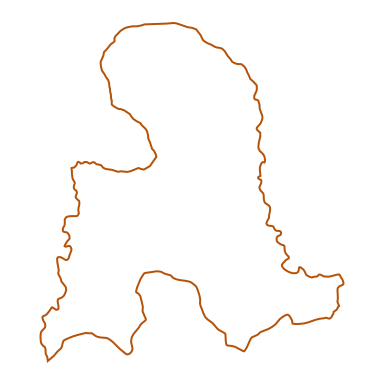 Dorona, Daga, Bhutan (Robinson projection)
{"feature_id": "84629894B2198234836682", "entity_name": "Dorona", "entity_type": "district", "adm_level": 2, "iso_a3": "BTN", "parent_name": "Bhutan", "parent_adm1": "Daga", "projection": "robinson", "projection_center": [89.836, 26.874], "detail": "fine", "context": "isolated", "style": "outline", "palette": "amber", "viewbox_px": 384, "rotation_deg": 0, "n_neighbors": 0, "source": "geoboundaries", "source_scale": "gbopen_adm2", "svg_char_len": 5912}
<svg xmlns="http://www.w3.org/2000/svg" viewBox="0 0 384 384"><path d="M339.1,306.0L337.4,301.8L337.9,298.1L337.5,290.7L337.6,288.8L337.9,287.9L339.1,286.5L343.2,284.5L343.5,282.7L342.5,279.7L340.9,277.4L340.0,275.3L339.2,274.5L337.6,274.5L329.9,276.5L327.8,276.7L323.8,276.4L320.8,274.8L319.6,274.5L318.7,274.8L317.9,275.9L316.7,276.6L314.5,276.7L311.8,277.5L309.1,276.6L307.4,275.7L306.1,274.6L304.6,271.3L303.5,269.7L302.0,268.4L300.1,267.1L299.3,267.3L298.4,271.2L297.6,272.4L296.4,273.0L295.1,273.2L292.5,273.2L290.2,272.5L287.5,271.3L284.9,269.6L283.4,268.3L282.4,266.9L282.0,265.6L281.9,264.7L283.3,262.8L286.0,260.0L288.7,258.4L288.8,257.1L288.5,256.4L287.8,255.9L285.8,253.5L285.1,251.9L284.7,250.3L284.4,246.1L283.7,245.3L281.0,244.5L279.2,243.3L277.5,242.1L276.7,240.5L276.6,238.4L276.9,237.2L277.6,236.3L279.9,235.3L280.8,234.4L281.1,233.5L281.0,232.4L280.6,231.6L279.6,231.0L276.7,230.8L275.9,230.5L274.8,229.5L273.4,226.6L272.0,226.0L269.6,225.8L267.7,225.3L266.7,224.4L266.4,223.4L267.0,221.6L269.0,217.7L269.0,215.7L270.0,211.0L270.1,208.1L269.9,207.2L269.3,205.9L265.2,203.0L264.7,202.4L263.9,199.9L263.6,194.7L263.2,193.3L260.7,190.7L259.8,189.2L259.4,187.0L261.2,183.1L261.3,182.1L261.3,180.8L261.0,179.9L258.6,178.8L258.1,177.5L258.6,176.8L260.5,175.9L259.9,171.0L259.9,167.2L260.7,164.8L261.8,162.8L262.9,162.1L264.4,162.5L265.0,161.0L264.8,158.2L264.3,156.3L263.3,154.4L261.7,152.7L259.9,151.1L258.8,149.0L258.4,147.4L258.4,146.4L258.8,142.9L260.3,136.2L260.2,132.6L257.2,130.0L256.7,128.9L256.7,128.1L257.6,126.7L259.6,124.6L261.0,122.6L262.4,118.6L262.4,117.3L262.3,115.9L259.7,108.8L259.5,104.8L258.3,100.6L256.6,99.7L255.1,99.5L254.3,98.5L254.2,96.0L256.7,90.5L256.8,88.4L256.7,85.5L255.8,84.2L254.7,83.2L253.9,82.2L250.2,78.8L249.1,75.9L247.5,72.9L245.9,68.9L244.0,66.2L241.4,64.2L237.3,64.0L234.1,62.9L232.0,61.6L230.3,58.9L227.9,56.2L224.7,51.1L222.3,48.8L220.3,48.0L216.5,47.4L214.5,46.6L211.9,45.0L207.8,43.3L204.8,41.6L203.0,40.1L200.5,35.0L196.2,29.4L192.0,27.8L187.7,27.2L176.6,23.4L173.6,23.0L166.2,23.6L144.4,24.4L141.9,25.3L138.2,26.1L136.7,26.3L131.7,26.4L127.6,27.2L124.5,28.3L121.2,30.4L119.9,31.5L115.4,36.2L114.4,38.5L114.6,41.0L113.8,42.1L110.7,44.3L106.9,49.1L104.0,52.2L103.3,55.8L100.6,62.0L100.9,66.4L102.0,70.6L104.5,74.3L106.4,77.7L108.1,79.9L108.7,81.6L109.3,84.4L109.3,86.3L109.9,88.5L110.2,92.0L110.8,94.0L111.1,98.4L111.8,100.9L111.7,102.6L111.8,104.6L114.1,106.5L116.7,108.0L118.8,109.0L120.4,109.0L124.3,110.4L128.6,113.3L130.1,114.4L130.7,115.6L133.2,118.9L136.6,121.2L140.5,123.2L141.4,124.8L144.9,128.2L146.1,129.6L147.0,131.3L148.1,135.4L148.2,138.2L150.3,143.3L152.1,148.9L153.4,150.1L154.7,152.1L155.9,154.8L156.4,156.8L149.9,166.1L143.8,169.6L141.1,169.0L138.5,168.0L130.3,171.3L127.0,171.9L121.0,171.3L118.0,171.8L111.8,169.8L105.8,169.0L103.3,167.8L100.8,165.0L96.5,164.2L94.0,162.2L92.5,162.3L91.1,163.1L89.7,163.6L86.7,162.0L84.5,162.0L82.8,163.3L80.6,163.5L79.7,162.4L78.4,161.9L77.6,162.2L76.5,165.0L75.4,166.4L74.1,167.5L71.6,168.0L71.5,169.4L71.9,170.4L71.9,173.2L72.4,177.5L72.7,178.9L74.6,182.2L74.8,183.0L74.7,183.8L73.9,185.6L73.8,186.8L73.9,188.2L74.4,189.2L76.3,190.8L76.7,191.5L76.9,192.3L76.8,193.2L75.7,196.6L75.7,197.6L77.9,200.0L78.9,200.7L79.3,201.6L79.3,204.6L78.6,207.5L78.3,210.6L78.7,212.3L78.8,213.5L77.8,215.4L76.8,216.1L71.3,216.1L68.4,216.4L66.9,216.8L65.8,217.6L64.7,219.7L64.8,223.1L64.6,225.2L63.1,228.0L62.8,229.6L62.8,230.6L63.1,231.4L64.3,232.0L66.6,232.3L68.1,233.5L69.2,235.4L69.6,237.1L69.6,238.2L69.3,239.0L67.1,241.5L64.9,245.1L64.6,246.2L65.6,246.7L69.1,245.9L69.9,246.2L70.5,246.8L71.5,249.2L71.1,251.2L69.6,254.9L68.8,257.8L68.0,259.2L66.7,260.0L65.5,259.9L61.8,257.7L60.3,257.1L58.9,257.1L57.7,257.4L57.1,258.9L57.4,262.6L58.8,270.5L58.2,273.2L58.3,274.0L60.5,278.1L61.4,281.5L64.8,285.7L65.9,287.5L66.2,290.2L65.1,293.4L63.9,295.7L62.5,297.0L60.8,298.1L59.0,298.6L58.3,299.1L57.9,299.7L57.6,300.8L57.8,302.6L58.4,305.4L58.5,307.7L58.5,308.6L58.0,309.3L56.4,309.8L55.3,309.3L52.7,307.5L51.9,307.3L49.2,311.2L46.9,314.1L45.9,315.0L43.3,316.1L42.6,316.8L42.4,317.6L42.9,319.4L43.4,320.8L45.1,323.6L45.3,325.9L45.1,327.0L44.5,328.2L41.6,331.2L41.0,332.5L40.7,333.6L40.5,336.8L40.8,341.5L41.4,343.6L43.4,346.2L44.4,346.6L45.0,347.3L45.5,349.3L45.7,353.8L47.3,357.1L47.8,361.0L53.9,355.8L57.8,351.2L60.8,348.6L61.8,346.8L63.0,341.8L63.5,340.9L64.2,340.2L67.7,338.5L73.2,336.3L77.9,334.9L85.5,333.0L89.4,333.3L91.4,333.2L92.3,333.5L95.5,335.9L97.2,336.7L100.1,337.4L106.0,337.9L107.8,338.4L110.3,340.0L112.7,341.9L119.8,348.9L126.0,354.0L126.9,354.4L128.8,354.1L130.7,352.8L131.8,351.2L132.5,349.2L132.3,347.4L131.2,342.5L131.1,341.2L131.4,339.1L131.8,337.1L133.8,333.6L138.4,328.2L140.5,324.8L141.9,323.3L145.1,320.7L145.7,320.0L145.9,319.1L142.6,311.5L142.8,306.4L140.4,296.4L139.9,295.5L138.7,293.9L137.9,293.2L136.6,292.6L136.1,291.9L136.4,289.9L137.3,286.9L140.4,279.3L143.0,275.0L144.2,273.4L145.1,273.0L155.8,271.4L157.7,271.3L160.6,271.7L161.6,272.0L163.3,273.0L165.1,273.8L170.8,275.4L172.8,277.6L173.7,278.2L176.4,279.3L179.3,280.0L186.1,280.9L189.9,281.8L191.6,282.7L194.8,285.2L196.2,286.6L197.5,289.4L199.4,295.2L200.0,298.2L200.2,300.3L200.0,303.4L200.4,305.3L203.3,313.0L204.6,315.8L205.6,317.5L207.8,319.6L212.6,323.1L217.2,328.5L218.6,329.8L223.9,332.7L225.4,333.9L225.8,341.3L226.1,343.4L226.7,345.1L227.6,345.5L231.9,346.0L234.8,346.7L243.6,351.3L244.4,351.1L246.6,347.9L249.9,340.4L251.4,337.8L252.2,337.2L257.6,334.8L260.5,332.1L268.8,328.8L272.2,326.8L275.4,324.4L279.9,319.0L283.1,316.6L284.8,315.6L286.6,314.8L287.6,314.7L288.5,315.1L289.3,315.8L290.4,317.4L291.9,320.1L292.2,321.1L292.3,322.8L292.7,323.6L294.4,323.9L297.3,324.1L304.3,323.4L308.1,322.4L315.6,319.8L319.4,318.8L324.4,318.2L326.0,317.7L328.4,318.5L329.8,318.5L331.5,317.2L332.2,315.5L333.0,314.5L333.5,313.0L333.6,311.9L336.2,310.1L337.1,309.1L338.2,306.7L339.1,306.0Z" fill="none" stroke="#b45309" stroke-width="2"/></svg>